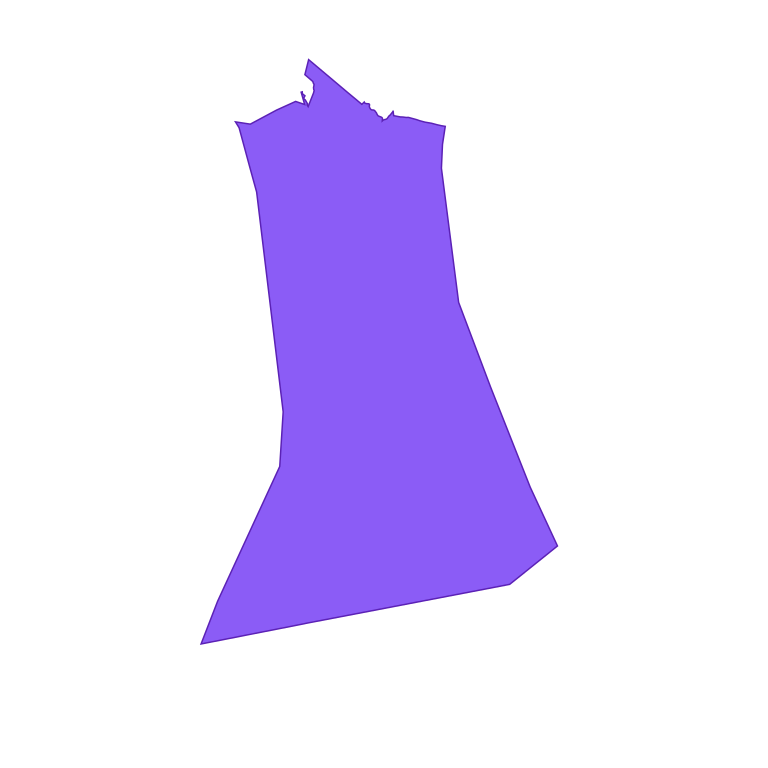 the district of San Agustín Etla, Oaxaca, Mexico, rotated 104°
{"feature_id": "50627088B72104671930177", "entity_name": "San Agustín Etla", "entity_type": "district", "adm_level": 2, "iso_a3": "MEX", "parent_name": "Mexico", "parent_adm1": "Oaxaca", "projection": "albers", "projection_center": [-96.764, 17.204], "detail": "fine", "context": "isolated", "style": "filled", "palette": "violet", "viewbox_px": 768, "rotation_deg": 104, "n_neighbors": 0, "source": "geoboundaries", "source_scale": "gbopen_adm2", "svg_char_len": 1670}
<svg xmlns="http://www.w3.org/2000/svg" viewBox="0 0 768 768"><g transform="rotate(104 384 384)"><path d="M448.7,217.2L361.1,279.9L286.8,331.3L160.7,380.5L137.4,385.2L119.2,386.9L119.5,390.9L119.6,395.2L119.5,400.9L120.0,407.6L119.9,413.0L119.6,416.2L119.5,420.1L119.4,424.8L120.0,426.9L120.4,430.4L120.9,432.6L121.3,439.5L120.8,439.7L118.6,440.6L117.8,440.8L117.5,440.9L117.2,441.2L118.3,441.6L120.2,442.5L121.3,443.0L121.8,443.3L122.3,443.7L122.9,444.1L124.8,444.8L125.1,444.9L125.5,445.1L125.9,445.3L126.3,445.7L126.8,446.4L127.3,447.4L127.6,447.9L127.8,448.2L128.1,448.5L128.6,448.9L129.2,449.3L128.6,449.4L127.2,449.6L126.8,449.7L126.4,449.9L126.1,450.3L125.9,450.6L125.7,451.2L125.3,454.4L124.9,455.0L124.7,455.2L124.5,455.5L123.7,456.2L122.8,456.9L121.1,459.0L120.9,459.4L120.7,460.1L120.7,460.6L121.0,462.0L120.9,462.8L120.7,463.2L120.3,463.8L119.7,464.4L119.1,464.9L118.5,465.3L117.8,465.5L116.9,465.5L116.3,465.7L116.1,465.9L115.9,466.2L115.8,466.6L116.1,468.3L116.2,468.8L116.2,469.3L116.2,469.9L116.1,470.6L115.2,471.4L115.6,471.6L116.8,472.4L118.0,473.2L117.7,473.8L116.6,476.0L116.1,477.1L115.1,479.1L109.9,489.9L101.8,506.4L87.5,535.6L103.0,535.6L107.7,526.3L109.4,525.2L110.1,524.4L111.4,524.2L113.5,524.1L115.3,523.4L116.0,522.8L118.8,522.8L120.2,523.0L133.2,524.7L131.9,526.0L130.5,526.1L127.5,529.0L126.6,530.8L125.5,530.9L123.5,530.4L122.0,533.5L120.3,534.0L120.9,535.0L132.0,528.6L131.2,538.1L144.2,554.5L164.2,576.6L165.6,591.5L170.4,586.6L205.7,566.9L228.6,554.0L435.4,475.1L489.2,465.2L635.1,492.9L680.5,498.6L661.3,457.6L636.1,403.8L635.0,401.6L548.0,213.6L499.2,176.5L448.7,217.2Z" fill="#8b5cf6" stroke="#5b21b6" stroke-width="1.5"/></g></svg>